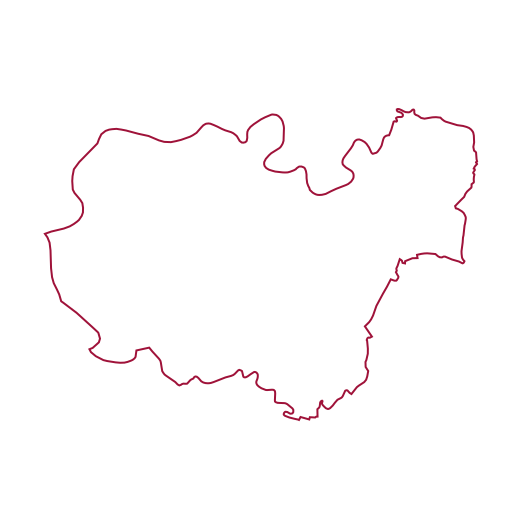 Ha Tinh, Ha Tinh, Vietnam (Natural Earth projection), rotated 275°
{"feature_id": "81297802B52387636717940", "entity_name": "Ha Tinh", "entity_type": "district", "adm_level": 2, "iso_a3": "VNM", "parent_name": "Vietnam", "parent_adm1": "Ha Tinh", "projection": "natural_earth1", "projection_center": [105.907, 18.355], "detail": "fine", "context": "isolated", "style": "outline", "palette": "rose", "viewbox_px": 512, "rotation_deg": 275, "n_neighbors": 0, "source": "geoboundaries", "source_scale": "gbopen_adm2", "svg_char_len": 6122}
<svg xmlns="http://www.w3.org/2000/svg" viewBox="0 0 512 512"><g transform="rotate(275 256 256)"><path d="M409.9,427.7L410.0,423.2L409.5,419.6L407.5,411.9L407.9,408.5L409.8,405.3L410.6,402.7L411.0,402.2L411.3,401.7L412.5,401.2L414.8,401.0L415.5,400.5L415.6,400.2L415.6,399.8L415.2,399.0L414.0,398.1L413.1,397.0L412.6,396.2L412.4,395.1L412.4,392.4L413.0,390.5L414.0,388.3L414.8,385.8L414.8,384.4L414.3,383.5L413.4,383.6L412.4,384.3L411.4,388.1L410.8,389.0L409.8,389.9L409.3,390.1L408.2,390.0L407.4,389.3L407.0,388.1L407.0,386.6L406.7,385.1L406.5,384.5L405.6,383.5L405.2,383.6L403.2,384.7L402.5,384.6L402.1,384.2L402.3,382.2L401.8,381.4L393.7,379.8L387.9,378.1L387.6,376.5L387.1,375.2L386.3,374.1L385.2,373.2L383.3,372.6L377.0,371.5L374.4,370.4L370.7,368.2L369.4,367.0L368.0,363.5L368.3,362.8L369.1,361.9L373.9,359.2L377.3,356.4L379.0,354.3L380.5,351.1L381.1,348.7L380.9,347.4L380.6,346.4L379.9,345.4L379.1,344.6L377.6,343.7L374.7,342.8L371.6,341.2L363.4,336.0L360.9,334.6L358.9,334.0L356.9,333.9L355.0,334.4L354.0,335.3L352.0,337.9L349.5,342.9L348.4,344.5L346.7,345.7L345.0,346.2L343.0,346.3L341.5,346.0L338.4,344.3L335.8,341.6L334.6,339.6L330.0,330.2L327.2,325.3L323.9,320.0L322.7,316.3L322.3,313.6L322.3,311.9L322.6,310.3L323.2,308.7L324.1,306.9L326.5,303.9L328.4,303.2L330.4,301.9L333.2,300.6L337.9,299.6L341.7,299.2L344.8,298.4L346.9,297.4L347.9,296.7L348.5,295.7L349.1,293.5L348.9,291.5L348.6,290.8L346.9,288.8L345.9,288.1L344.7,286.3L343.0,282.8L342.1,280.4L341.8,278.4L341.6,275.4L341.8,267.8L342.3,265.0L343.1,261.4L343.9,259.7L344.7,258.3L346.5,256.7L348.2,256.1L350.3,256.0L353.6,257.3L357.4,260.1L359.7,262.2L365.6,270.0L366.9,271.1L368.6,272.0L370.4,272.8L373.2,273.4L385.8,272.7L387.9,272.3L390.2,271.5L392.4,270.7L394.8,269.1L396.8,266.9L397.7,265.5L398.3,263.9L398.4,261.4L398.4,259.9L398.1,258.9L395.0,253.0L392.5,249.0L387.1,242.3L384.1,239.2L380.9,237.2L379.0,236.6L376.5,236.6L372.9,237.0L369.9,236.7L369.3,236.3L368.4,235.4L367.8,233.5L367.8,231.9L369.2,229.7L373.6,226.6L374.7,225.2L376.3,222.7L377.2,220.4L378.5,214.4L379.6,211.0L381.5,206.3L382.8,202.5L383.8,199.1L383.9,197.2L383.5,195.1L383.2,194.3L381.6,192.1L379.5,190.4L373.5,186.0L370.7,182.4L369.1,179.9L365.2,171.3L363.5,166.4L362.0,161.3L361.7,154.6L362.7,149.3L366.2,138.5L367.5,128.1L369.7,115.6L370.2,110.8L370.5,105.9L369.8,101.7L369.1,98.7L367.5,95.2L363.8,91.3L358.8,89.4L354.3,88.2L334.2,71.7L326.5,67.0L319.5,66.3L314.7,66.4L306.2,67.7L303.0,69.7L296.7,76.0L293.5,78.4L289.0,79.5L284.3,79.8L280.8,78.9L276.5,76.5L274.7,74.8L272.0,71.7L269.3,67.9L266.6,62.2L262.5,49.9L259.7,43.8L256.4,46.6L251.3,49.2L243.7,50.8L226.0,52.9L217.1,54.7L211.3,56.9L205.3,60.6L200.6,63.3L193.9,65.9L192.7,68.0L183.7,82.3L170.8,99.3L166.2,105.2L165.6,105.7L160.1,107.8L156.3,107.0L150.2,101.3L148.6,98.2L145.8,100.0L142.2,105.2L139.0,113.0L138.4,116.8L137.8,125.4L137.8,130.1L138.3,134.2L139.3,137.3L140.8,140.5L141.8,142.2L143.4,143.9L145.0,144.8L151.5,145.1L155.4,157.6L151.9,161.0L145.2,168.3L143.4,169.8L141.9,170.4L133.2,172.6L131.8,173.6L130.0,175.2L128.9,176.9L123.4,186.6L121.2,189.1L120.4,190.9L121.0,192.3L121.8,193.2L122.5,194.7L122.6,197.5L122.9,198.6L126.5,201.3L127.3,202.2L128.5,204.3L129.7,204.8L130.5,205.7L130.7,206.2L130.6,207.5L129.5,209.2L126.4,212.4L125.4,214.5L125.0,216.7L125.0,219.0L125.2,220.5L125.6,222.1L126.7,224.7L132.4,236.2L134.4,241.7L135.5,243.8L136.8,245.2L140.4,248.1L141.1,249.2L140.8,250.7L140.2,252.0L139.8,252.2L134.7,253.9L134.2,254.6L134.1,255.5L134.3,256.4L135.3,258.1L137.9,261.1L140.2,264.1L140.4,264.8L140.3,265.6L139.9,266.6L139.1,267.4L138.3,268.0L137.2,268.2L135.7,268.3L133.9,268.1L131.1,267.3L129.9,267.3L129.2,267.5L128.0,268.1L127.1,269.0L126.0,270.5L124.7,273.0L123.4,277.4L123.4,278.7L124.2,283.6L124.2,284.9L124.0,285.6L123.2,286.5L122.5,286.8L120.7,287.1L113.8,287.4L112.7,287.6L112.5,287.8L112.0,288.7L111.6,290.4L111.9,297.0L111.9,297.7L111.6,298.9L111.1,300.1L107.4,305.5L106.2,306.5L104.8,306.7L103.6,306.7L102.4,306.0L101.9,304.4L102.0,303.5L103.3,300.8L103.4,299.0L103.2,298.5L102.2,297.7L101.0,297.4L100.4,297.5L99.8,298.1L99.3,298.9L98.0,303.4L97.1,309.2L96.7,312.3L96.4,313.1L99.5,314.4L97.8,323.3L100.1,323.7L100.3,329.1L101.0,329.7L101.3,330.3L101.4,331.3L108.7,330.5L110.5,332.1L111.1,332.4L112.1,332.6L115.6,332.7L116.6,333.1L117.2,333.7L117.6,334.4L117.2,334.9L114.7,334.5L113.5,335.3L112.2,336.7L110.5,338.8L109.9,340.6L110.0,341.7L110.9,343.1L113.7,345.5L116.6,347.3L119.9,349.7L122.0,353.1L122.7,353.9L124.1,354.7L129.5,356.6L129.9,357.2L130.2,358.2L129.9,359.0L127.9,361.1L126.8,363.1L134.1,367.9L135.8,369.7L139.8,374.8L142.3,376.5L145.7,377.3L151.2,377.8L155.0,374.9L160.0,374.3L162.0,375.0L168.4,375.9L173.5,375.5L181.2,374.1L181.7,373.7L182.5,373.7L183.8,374.2L184.4,374.8L184.6,375.4L184.5,376.5L185.8,378.5L195.4,370.6L200.0,374.5L202.9,376.2L206.9,377.8L216.8,380.3L229.6,385.8L236.9,389.2L244.5,392.3L243.6,395.6L243.5,396.3L243.6,397.7L244.1,398.3L246.6,399.6L247.8,399.7L248.5,399.3L249.4,398.6L252.1,396.8L253.6,397.5L255.5,396.9L256.4,397.1L258.5,397.9L265.4,399.5L264.6,401.0L264.0,401.8L261.9,402.6L261.6,405.1L263.8,405.0L264.6,406.5L267.4,412.0L268.0,417.1L271.2,416.3L272.5,420.4L273.2,423.4L273.6,426.4L273.6,434.6L271.6,437.3L270.8,439.1L270.8,441.3L271.7,442.8L271.9,444.3L269.6,451.5L268.2,458.6L266.7,462.3L266.9,462.9L267.6,463.6L269.0,464.1L270.3,462.7L271.7,461.7L272.7,461.3L276.1,460.6L278.7,460.3L287.6,460.7L292.4,460.6L294.7,460.9L304.7,461.1L306.3,461.4L310.5,461.7L312.1,461.7L313.3,461.4L315.1,460.4L317.0,459.1L318.5,457.1L320.5,453.0L320.9,450.9L323.1,450.0L330.1,455.7L333.0,458.2L336.2,459.2L338.7,460.7L342.8,464.5L343.6,464.7L346.3,464.5L348.1,466.4L348.7,466.6L351.6,466.2L354.0,466.2L356.1,466.5L356.5,466.3L357.2,465.4L357.8,465.1L358.7,465.4L360.7,466.5L361.5,466.3L362.0,465.3L364.1,466.1L366.9,468.2L367.6,467.8L368.3,467.0L368.6,467.0L369.5,468.0L371.6,467.3L378.3,466.2L379.2,465.4L379.5,464.6L380.1,464.0L383.6,463.0L388.2,463.4L395.0,462.5L397.7,461.7L398.9,461.0L400.7,459.3L402.1,457.1L402.9,454.6L403.6,450.9L403.9,445.0L406.4,433.1L407.1,431.5L408.5,429.3L409.9,427.7Z" fill="none" stroke="#9f1239" stroke-width="2"/></g></svg>